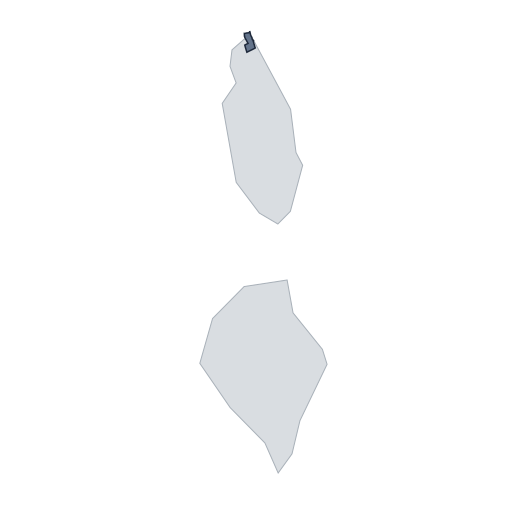 Aleipata itupa i Luga, Atua, Samoa (highlighted), rotated 242°
{"feature_id": "51752279B27667429376440", "entity_name": "Aleipata itupa i Luga", "entity_type": "district", "adm_level": 2, "iso_a3": "WSM", "parent_name": "Samoa", "parent_adm1": "Atua", "projection": "robinson", "projection_center": [-171.453, -14.031], "detail": "fine", "context": "in_parent", "style": "filled", "palette": "slate", "viewbox_px": 512, "rotation_deg": 242, "n_neighbors": 0, "source": "geoboundaries", "source_scale": "gbopen_adm2", "svg_char_len": 1742}
<svg xmlns="http://www.w3.org/2000/svg" viewBox="0 0 512 512"><g transform="rotate(242 256 256)"><path d="M187.6,156.0L221.2,188.3L234.6,231.2L220.2,272.2L188.4,262.0L142.4,270.8L127.0,267.9L90.0,217.5L64.4,194.9L54.0,173.7L86.7,176.1L134.3,162.0L187.6,156.0ZM451.5,355.1L369.3,355.4L328.6,339.9L314.2,339.8L279.3,307.3L274.0,290.3L292.3,279.1L330.3,273.1L406.6,297.8L418.1,319.7L435.7,322.1L449.3,331.6L452.9,346.9L451.5,355.1Z" fill="#d9dde1" stroke="#a8b0b8" stroke-width="1"/><path d="M440.0,352.9L440.1,353.0L440.7,353.1L441.2,353.2L441.6,353.2L442.1,353.3L442.3,353.4L442.5,353.5L442.9,353.6L443.2,353.6L443.5,353.7L444.0,353.7L444.3,353.8L444.5,353.8L444.8,353.9L445.1,354.0L445.5,354.1L446.0,354.2L446.6,354.3L446.9,354.5L447.0,354.5L447.2,354.9L447.5,355.0L447.8,354.9L448.1,354.6L448.3,354.5L448.5,354.4L449.4,354.5L449.6,354.5L449.9,354.7L450.2,354.7L450.4,354.8L450.6,354.8L450.9,354.9L451.0,354.9L451.2,355.0L451.6,354.9L452.4,354.9L452.8,355.0L453.4,355.0L453.6,355.0L454.3,355.2L454.5,355.2L454.7,355.3L454.9,355.3L455.0,355.4L455.3,355.4L455.9,355.6L456.1,355.7L456.3,355.8L456.9,355.9L457.1,355.9L457.4,356.0L457.5,356.0L457.3,355.9L457.2,355.7L456.8,355.6L456.7,355.6L456.5,355.3L456.5,355.1L456.4,354.8L456.5,354.6L456.5,354.4L456.6,354.1L456.7,353.9L456.8,353.7L457.1,352.8L457.2,352.7L457.3,352.3L457.4,352.2L457.5,351.7L457.5,351.4L457.6,351.1L457.7,350.9L457.8,350.5L458.0,350.2L457.5,350.0L456.9,349.6L456.6,349.5L456.5,349.4L456.3,349.3L456.2,349.3L455.8,349.3L455.6,349.1L455.4,349.0L455.3,348.9L454.9,349.0L454.4,348.8L454.1,348.7L453.9,348.7L447.4,348.8L447.5,347.6L447.5,346.3L447.5,345.1L444.9,344.5L440.2,343.6L440.1,347.2L440.0,349.9L440.0,352.9Z" fill="#64748b" stroke="#1e293b" stroke-width="1.5"/></g></svg>